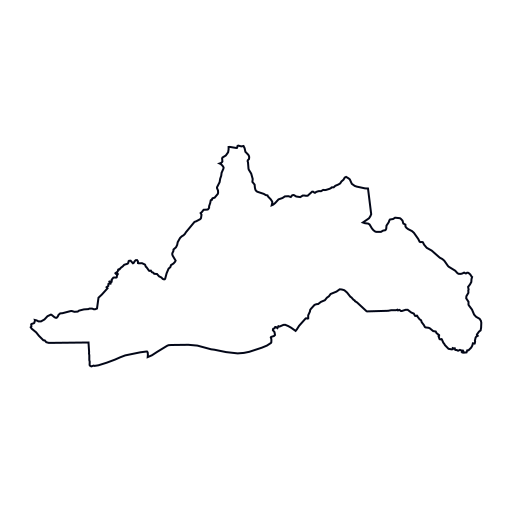 Caluma, Bolivar, Ecuador
{"feature_id": "8360857B21807845085638", "entity_name": "Caluma", "entity_type": "district", "adm_level": 2, "iso_a3": "ECU", "parent_name": "Ecuador", "parent_adm1": "Bolivar", "projection": "mercator", "projection_center": [-79.193, -1.597], "detail": "fine", "context": "isolated", "style": "outline", "palette": "ink", "viewbox_px": 512, "rotation_deg": 0, "n_neighbors": 0, "source": "geoboundaries", "source_scale": "gbopen_adm2", "svg_char_len": 6073}
<svg xmlns="http://www.w3.org/2000/svg" viewBox="0 0 512 512"><path d="M147.7,357.1L151.9,355.3L157.1,351.9L167.1,345.8L168.5,345.2L171.2,345.0L188.4,344.8L197.4,345.6L211.1,349.3L214.3,349.7L226.1,352.1L237.7,353.4L243.9,352.9L249.3,351.8L261.8,347.7L266.9,345.6L270.9,343.0L271.3,342.3L271.4,340.2L271.3,338.9L270.8,337.4L271.2,336.9L274.0,336.0L275.0,335.0L274.5,332.1L272.9,330.2L273.0,329.1L273.3,328.7L274.5,328.3L275.2,327.0L275.9,327.0L277.4,328.1L278.4,326.2L279.2,326.5L279.7,326.5L283.4,324.9L285.2,324.8L288.3,326.1L291.1,327.7L295.6,330.9L296.9,329.3L299.1,325.8L305.7,318.4L306.2,318.3L307.6,318.6L308.2,318.4L308.2,315.3L309.9,311.6L310.2,309.9L310.8,309.0L314.5,304.9L316.4,304.2L318.2,304.0L320.9,301.9L324.9,300.2L326.9,297.7L328.9,296.3L330.6,294.0L336.5,291.6L339.7,289.3L341.8,289.5L344.0,290.1L344.8,290.6L347.1,292.6L350.4,296.8L351.4,297.4L353.4,299.7L354.7,300.5L355.0,301.2L357.0,302.4L366.4,311.1L367.0,311.4L388.1,310.8L391.2,310.2L396.0,310.2L397.5,309.7L398.0,310.4L399.5,309.9L400.9,311.0L401.8,311.0L405.6,309.8L407.7,309.8L411.2,312.5L413.8,313.6L415.0,315.8L415.9,316.0L416.9,315.6L417.3,316.0L417.5,316.6L419.6,319.3L421.1,320.3L421.7,322.2L423.9,325.1L424.8,326.9L425.5,327.4L428.6,327.8L429.8,328.3L433.2,331.1L435.7,331.5L436.6,333.2L439.1,335.1L439.1,335.7L438.6,335.9L438.5,336.1L439.5,339.0L440.2,339.4L441.6,339.1L441.8,339.3L443.3,342.7L444.2,343.8L445.0,345.2L448.5,348.8L451.8,349.4L452.7,349.2L452.8,348.1L454.1,348.5L454.7,348.3L455.2,349.8L455.7,350.0L456.8,350.0L457.4,350.5L458.2,350.7L459.9,349.9L461.5,350.5L462.9,350.5L463.0,350.7L462.6,350.7L461.8,352.0L462.3,352.5L463.6,352.7L466.5,352.4L467.3,350.3L468.5,350.3L471.2,347.6L472.3,345.6L472.9,343.3L474.6,343.6L474.8,343.2L475.1,341.6L474.9,340.6L475.6,337.6L476.3,336.6L477.7,335.8L476.9,334.8L476.9,334.5L479.0,331.6L480.6,330.4L481.1,327.7L481.3,322.7L480.9,320.8L479.6,318.8L476.1,316.8L474.1,314.6L472.0,309.6L468.8,305.3L468.5,304.7L468.5,301.8L466.2,298.3L466.4,296.2L468.4,292.8L468.3,290.3L468.6,289.7L468.1,286.9L470.0,284.4L471.3,282.0L471.5,279.1L472.1,277.0L471.7,276.7L470.3,274.5L469.2,273.5L468.2,272.8L467.2,272.7L466.1,273.4L465.6,273.4L464.1,272.6L462.3,273.5L460.7,273.9L458.5,273.8L457.4,273.1L455.2,270.7L448.7,266.7L447.9,265.9L444.5,261.0L443.5,260.0L442.1,258.9L439.8,257.7L431.7,250.6L426.7,247.8L424.1,244.7L422.9,242.3L422.1,242.0L420.3,242.1L419.6,241.7L418.2,238.9L413.9,232.8L412.0,231.1L408.1,229.1L406.5,227.9L405.5,226.6L405.4,224.6L403.3,223.5L402.5,220.6L400.9,218.9L399.9,218.2L395.1,217.7L393.1,219.0L390.0,219.5L389.4,220.3L388.7,222.3L386.5,225.6L386.2,228.8L385.7,229.8L385.3,230.2L383.1,230.6L380.9,231.9L376.3,231.9L375.1,231.5L373.4,230.2L371.9,228.4L369.6,224.5L368.2,223.6L364.9,223.2L362.9,222.5L369.0,218.3L370.3,216.3L371.2,214.2L368.0,188.5L365.1,188.4L356.7,186.6L354.7,185.9L351.8,183.8L349.8,179.4L348.6,178.4L346.1,176.9L344.7,177.6L343.5,179.7L341.4,181.5L340.2,183.4L338.4,184.5L335.3,185.8L333.7,187.3L331.6,187.4L331.1,188.0L329.6,188.8L326.1,189.9L324.9,190.1L323.2,189.9L321.0,191.2L319.0,191.1L317.4,191.5L316.1,192.0L315.0,192.8L314.5,192.7L313.1,191.7L312.1,191.7L307.7,195.7L306.0,195.8L304.2,195.5L302.8,195.5L300.3,197.1L296.2,196.5L294.1,195.2L293.4,195.0L292.2,195.3L290.8,197.0L288.4,196.2L284.9,196.4L282.5,198.0L278.5,199.4L275.1,203.1L273.1,204.7L271.7,205.3L272.3,202.7L272.2,201.6L270.7,199.3L268.1,196.6L267.5,195.4L265.8,195.1L263.8,193.9L257.2,191.7L255.8,190.5L255.3,189.4L254.9,187.6L254.6,184.6L252.4,181.9L252.7,179.0L251.2,173.6L248.8,169.7L248.5,168.7L248.0,162.4L247.6,161.1L247.8,160.3L249.0,159.0L249.2,157.1L248.9,155.9L248.3,154.8L245.4,151.8L244.6,148.2L243.5,146.0L241.4,146.4L238.2,145.6L237.5,146.0L237.1,147.8L236.4,148.0L229.8,146.9L228.6,147.0L228.6,149.4L228.1,152.3L225.8,155.5L222.5,157.5L222.1,158.4L222.4,161.5L222.1,162.0L221.0,163.0L219.6,163.5L220.9,164.1L222.2,165.4L223.1,166.5L223.6,167.6L223.4,168.7L221.6,172.8L221.2,175.8L220.2,178.7L219.6,182.2L217.0,187.3L217.0,188.1L218.0,190.5L218.1,192.8L217.8,193.9L214.6,197.7L212.7,198.2L212.2,198.6L212.1,199.6L211.8,199.9L211.1,200.0L210.7,200.4L210.2,203.0L209.1,206.2L209.1,207.8L208.1,209.3L207.3,209.6L203.6,209.8L201.8,212.1L200.6,213.1L201.5,214.7L201.0,218.1L200.3,219.1L196.2,221.3L194.5,221.9L185.8,232.4L185.0,233.8L183.5,235.3L181.8,236.3L180.2,237.8L179.7,238.6L177.7,242.2L177.2,244.8L176.5,246.3L176.0,247.3L173.5,249.5L173.4,251.0L172.3,253.3L172.3,254.6L172.7,255.7L175.6,260.6L175.1,261.7L173.5,263.5L171.0,265.1L170.3,267.2L168.6,268.6L166.6,273.3L165.2,278.6L164.8,279.2L164.1,279.4L162.7,278.9L161.4,277.5L159.0,276.3L157.0,274.0L154.2,273.8L153.3,272.7L151.9,272.2L150.8,270.6L149.5,270.9L149.0,270.7L146.5,267.2L145.8,266.7L145.1,264.8L144.8,264.5L142.0,263.2L138.7,263.3L138.0,263.1L137.9,261.3L137.0,260.1L135.7,260.2L134.8,261.1L133.5,263.1L132.9,263.3L130.6,260.7L129.1,260.8L128.6,261.2L128.3,262.8L127.6,263.7L124.2,264.8L122.7,266.4L120.8,267.8L119.7,269.2L119.3,269.5L119.0,269.2L118.2,269.6L117.7,271.5L116.8,272.2L117.0,272.8L115.7,272.9L115.4,273.2L115.8,273.8L117.3,273.8L117.8,274.1L117.0,275.4L116.7,277.3L116.1,277.6L114.0,277.5L113.3,277.7L111.7,279.7L111.8,280.8L111.5,281.8L109.9,281.4L109.4,281.6L109.6,282.2L110.6,283.3L110.5,283.7L108.9,283.7L108.4,284.0L108.3,285.9L106.6,287.2L107.5,288.3L101.8,294.6L98.5,297.7L97.0,308.5L95.3,309.2L94.0,309.3L92.1,308.6L89.4,308.6L88.4,309.1L83.9,309.4L79.1,310.6L77.7,311.6L74.4,311.8L71.7,311.0L70.5,311.1L62.5,313.2L60.2,313.4L58.5,314.9L57.8,316.5L56.6,317.8L55.8,317.8L54.6,317.3L51.5,314.8L50.9,314.6L47.5,316.2L44.4,319.5L41.0,321.4L38.5,321.4L36.6,320.4L34.9,320.0L35.0,320.3L34.3,322.8L33.9,323.2L31.5,324.0L31.2,324.4L31.4,326.4L30.7,327.2L31.7,328.7L36.2,332.4L38.9,335.8L43.4,340.3L44.7,340.4L46.3,342.2L48.8,342.9L88.5,342.5L89.1,352.0L89.0,353.5L89.3,355.2L89.3,360.1L89.7,361.7L89.6,365.0L90.0,365.7L91.3,366.4L93.7,365.6L94.5,365.9L98.4,365.3L106.7,362.7L115.0,359.6L120.2,357.3L125.2,355.4L140.4,352.3L146.5,351.5L147.2,351.6L147.7,352.6L147.9,354.8L147.7,357.1Z" fill="none" stroke="#020617" stroke-width="2"/></svg>